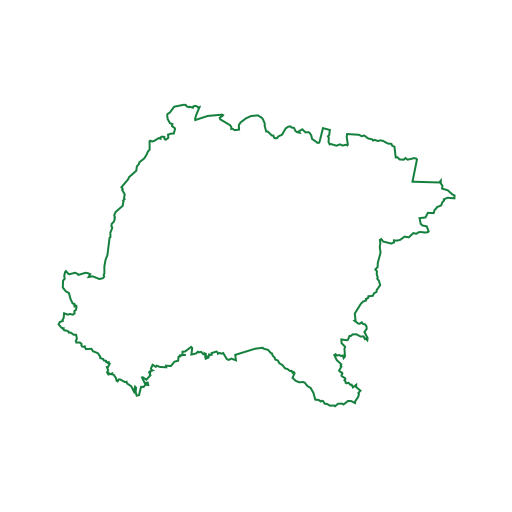 outline of Jalpa, Zacatecas, Mexico, rotated 172°
{"feature_id": "50627088B74284506358028", "entity_name": "Jalpa", "entity_type": "district", "adm_level": 2, "iso_a3": "MEX", "parent_name": "Mexico", "parent_adm1": "Zacatecas", "projection": "albers", "projection_center": [-103.014, 21.631], "detail": "fine", "context": "isolated", "style": "outline", "palette": "green", "viewbox_px": 512, "rotation_deg": 172, "n_neighbors": 0, "source": "geoboundaries", "source_scale": "gbopen_adm2", "svg_char_len": 6117}
<svg xmlns="http://www.w3.org/2000/svg" viewBox="0 0 512 512"><g transform="rotate(172 256 256)"><path d="M458.5,211.9L456.6,211.2L457.1,210.6L456.2,209.0L454.5,208.7L452.1,207.2L452.0,206.2L450.1,205.9L447.5,203.4L445.1,203.0L444.9,198.9L446.3,197.0L446.0,195.3L442.5,194.8L441.1,193.5L441.3,191.6L440.8,190.6L439.3,190.0L438.2,190.4L437.5,187.5L431.9,187.0L430.7,184.4L426.2,181.8L424.3,178.2L424.5,176.6L421.7,175.3L421.2,173.7L419.1,173.1L419.2,172.1L417.6,170.7L417.1,171.5L416.5,171.3L416.8,170.4L415.9,169.7L418.0,166.6L419.1,166.7L418.3,163.5L419.7,161.5L418.8,159.5L418.0,160.4L417.1,159.2L415.1,159.7L415.4,159.0L413.5,158.3L411.7,154.7L411.4,151.8L410.5,151.1L409.1,152.9L407.6,152.6L403.4,149.4L401.7,149.5L401.4,147.7L397.7,144.4L395.7,138.6L393.9,143.4L393.1,142.2L394.1,138.1L393.6,134.3L391.2,134.5L388.0,142.5L385.6,141.9L383.4,144.0L380.7,143.2L380.9,145.8L383.9,145.7L385.8,151.6L385.1,151.7L381.8,148.8L377.2,152.5L377.7,153.1L376.9,155.6L377.9,155.7L377.5,156.4L374.3,157.1L375.5,158.0L375.7,159.2L373.5,162.7L370.7,160.2L369.5,161.2L366.6,159.5L360.4,158.3L360.4,159.9L355.5,158.9L351.5,162.7L347.7,163.1L346.7,167.1L345.0,167.1L345.0,168.2L339.2,167.8L342.7,168.2L342.1,171.4L339.5,171.3L332.9,175.0L332.0,173.7L333.7,167.4L329.0,167.8L326.9,169.3L326.5,168.6L323.7,168.7L321.8,166.0L320.0,165.9L320.1,166.5L319.3,165.9L320.2,163.8L319.3,163.6L320.1,163.3L320.1,161.3L317.3,162.0L316.1,165.0L315.1,164.2L313.6,164.4L313.6,166.0L308.5,166.9L307.4,165.8L307.3,164.5L305.4,165.0L303.4,164.0L302.0,164.5L299.3,158.1L297.6,156.9L294.6,157.8L290.4,155.5L290.3,161.0L269.7,164.3L262.1,164.2L261.6,163.3L257.1,161.3L254.7,157.7L253.7,157.3L253.4,155.1L251.6,152.7L251.4,150.8L248.9,149.5L247.8,146.5L244.9,144.2L242.9,140.7L240.6,139.7L238.2,137.3L236.7,137.3L236.1,135.3L234.8,135.9L234.1,134.6L236.8,130.2L234.1,126.9L231.0,125.0L226.9,124.6L225.3,123.7L223.2,120.1L220.3,117.8L218.2,112.5L217.3,105.5L213.9,104.7L212.3,102.9L211.1,103.5L209.7,102.9L208.6,100.2L206.4,99.7L203.4,97.4L199.8,97.2L198.7,96.2L195.3,98.3L191.2,97.8L190.0,96.8L185.1,99.6L182.0,99.1L178.4,96.6L177.7,98.7L174.4,102.3L173.3,104.9L173.7,106.1L171.3,108.1L175.1,112.3L174.7,114.5L178.3,112.4L179.2,115.3L180.5,115.3L182.0,117.6L183.9,117.3L184.9,118.0L184.8,119.4L185.7,120.6L184.6,121.8L184.8,122.6L187.7,125.0L188.0,126.0L186.8,127.6L187.1,128.7L188.4,129.2L189.7,130.9L186.8,134.7L187.5,135.5L186.6,136.9L190.5,141.6L192.3,147.0L190.9,147.7L189.6,146.1L187.4,146.4L185.7,145.1L183.9,145.4L183.4,142.7L181.9,144.1L181.3,151.9L180.4,153.7L183.4,157.8L183.1,161.5L177.6,159.9L176.7,160.2L174.5,163.8L173.2,163.6L171.2,164.9L167.5,164.5L163.5,161.6L160.6,161.4L159.8,158.7L159.0,159.1L157.5,157.1L156.9,159.3L159.2,165.6L156.5,168.5L156.4,171.0L157.4,173.0L159.7,174.0L160.5,175.6L162.8,174.5L164.1,174.8L167.5,178.2L166.4,178.5L166.2,185.2L158.8,194.1L156.5,195.9L153.3,196.6L152.8,197.5L153.1,198.2L150.7,198.9L150.3,200.5L145.9,200.3L144.3,202.6L141.7,203.7L141.1,205.6L137.1,209.8L137.7,214.4L139.1,216.6L138.5,217.7L139.0,221.5L138.3,223.9L139.7,226.1L137.1,228.2L136.3,232.4L132.2,241.9L132.2,247.7L131.1,251.3L131.1,254.7L129.5,255.3L128.2,252.7L120.4,249.5L117.5,250.2L117.2,252.3L114.4,251.6L111.0,251.9L106.1,254.5L102.1,253.2L97.0,256.8L94.2,255.7L91.8,256.8L89.7,256.9L85.4,255.7L82.4,255.7L81.6,256.4L82.8,261.6L86.9,263.0L88.4,264.9L88.8,270.7L82.8,270.6L79.8,274.8L74.1,273.8L72.7,276.8L70.7,278.1L70.3,279.1L65.5,280.4L64.0,283.3L62.1,284.7L62.1,286.0L58.1,287.0L51.5,285.5L51.0,288.3L53.1,289.8L57.0,294.4L62.4,296.9L61.6,299.4L62.9,302.3L62.5,305.0L64.3,303.3L90.7,307.8L83.2,329.1L83.7,330.1L85.7,330.9L92.5,330.3L94.4,332.2L96.4,330.8L100.3,331.6L102.2,334.1L103.9,334.1L103.7,344.9L105.9,346.4L106.3,348.2L109.8,349.0L114.3,352.4L116.9,353.2L119.3,352.9L122.4,354.5L123.9,354.0L124.7,355.3L128.6,356.8L132.0,360.2L134.6,359.9L137.2,361.7L148.8,364.1L149.6,361.3L149.5,353.9L150.1,352.8L151.5,353.7L154.8,353.3L157.4,354.9L160.9,354.0L166.6,356.6L167.5,356.3L168.3,358.9L167.4,363.0L168.1,364.5L166.7,365.6L165.3,370.5L171.9,373.3L177.0,360.6L177.8,359.4L179.2,359.4L184.2,364.2L184.5,367.8L185.9,370.6L187.1,371.4L189.8,371.5L192.5,375.0L196.2,373.5L195.6,372.0L198.1,372.9L199.6,374.4L200.5,377.5L203.1,378.4L203.8,379.5L205.9,379.6L208.9,378.2L213.3,372.5L217.3,371.3L218.5,369.9L220.8,369.9L221.8,371.0L222.0,372.8L223.5,373.1L227.0,377.6L228.6,377.9L229.3,383.8L228.9,385.9L230.0,390.1L230.9,391.9L234.6,395.0L241.4,395.3L246.8,393.7L252.7,390.4L254.8,388.0L255.2,383.5L259.7,383.6L261.6,385.3L262.8,385.2L262.6,387.4L263.6,389.3L272.4,396.3L272.6,398.0L269.4,399.6L269.0,400.0L269.9,400.7L284.3,401.4L297.2,399.1L297.2,400.5L295.4,404.3L291.2,411.3L292.7,411.1L293.8,412.5L295.7,413.2L297.3,412.8L297.8,411.6L300.7,413.0L301.5,412.6L303.9,413.9L304.6,415.4L306.5,415.8L316.3,415.2L321.3,410.1L323.9,408.9L324.4,407.5L324.4,403.9L322.7,399.4L320.4,398.3L321.1,396.3L318.6,393.9L318.5,393.0L320.4,388.7L323.0,389.0L326.2,388.4L326.4,385.2L329.2,383.7L330.4,384.9L330.2,386.7L332.7,387.3L334.0,386.7L334.2,385.4L335.9,386.3L340.7,384.2L343.0,383.8L344.5,384.9L345.4,384.6L346.5,376.2L348.5,374.5L350.3,371.5L353.1,368.2L358.5,365.0L359.3,363.2L361.5,361.3L362.7,357.1L370.8,351.7L371.9,349.8L379.7,342.8L379.0,342.0L378.7,340.4L379.3,340.0L377.4,335.2L378.7,331.7L378.2,330.6L379.9,329.4L379.6,328.5L381.1,324.2L388.9,319.1L390.7,316.1L390.3,314.0L390.8,313.6L390.8,311.9L392.2,309.6L394.4,307.9L395.1,305.6L394.4,304.5L394.8,303.1L397.0,299.4L397.5,295.0L398.5,294.3L403.0,277.6L405.5,273.2L407.6,266.8L408.6,259.7L409.5,258.5L409.2,256.7L409.9,256.0L410.8,255.3L414.3,255.0L420.6,258.6L424.7,258.5L422.7,261.0L424.7,262.3L427.1,263.1L434.6,262.0L435.0,263.0L437.6,264.6L443.2,263.9L444.5,264.7L446.3,267.5L447.3,266.6L448.7,262.9L448.6,260.1L450.5,258.5L451.7,251.6L449.2,247.4L446.4,245.4L445.7,239.4L444.2,234.5L442.5,233.9L442.2,233.0L442.9,232.0L442.7,231.3L440.9,231.6L440.9,229.9L442.1,227.4L443.5,226.8L443.7,224.3L445.4,223.4L448.5,224.5L450.5,224.1L454.0,226.0L455.1,221.3L456.4,219.9L456.3,218.6L459.5,217.9L461.0,215.7L458.5,211.9Z" fill="none" stroke="#15803d" stroke-width="2"/></g></svg>